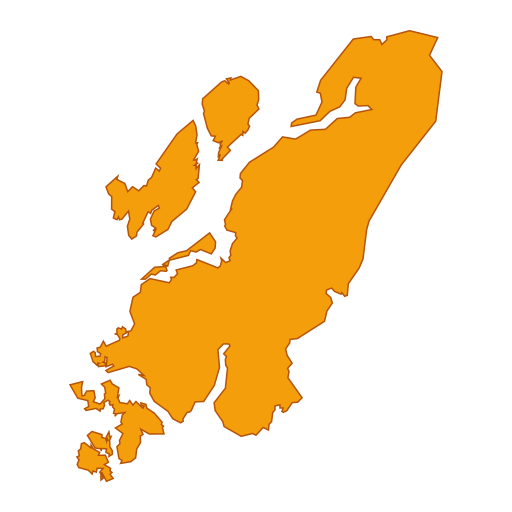 the district of Kvinnherad nor, Hordaland, Norway
{"feature_id": "86288312B18833292732183", "entity_name": "Kvinnherad nor", "entity_type": "district", "adm_level": 2, "iso_a3": "NOR", "parent_name": "Norway", "parent_adm1": "Hordaland", "projection": "orthographic", "projection_center": [5.871, 59.959], "detail": "fine", "context": "isolated", "style": "filled", "palette": "amber", "viewbox_px": 512, "rotation_deg": 0, "n_neighbors": 0, "source": "geoboundaries", "source_scale": "gbopen_adm2", "svg_char_len": 6040}
<svg xmlns="http://www.w3.org/2000/svg" viewBox="0 0 512 512"><path d="M437.7,37.6L409.5,30.7L386.8,36.8L386.9,39.8L381.9,44.5L379.7,39.7L373.8,39.7L371.1,36.5L353.3,39.0L320.6,80.3L316.8,92.1L320.3,93.2L322.0,102.0L316.0,115.1L296.9,119.2L291.7,123.0L291.1,126.5L320.2,120.7L329.9,111.3L339.7,106.9L345.1,99.8L346.7,88.2L353.5,77.3L361.1,78.2L355.8,87.2L355.0,103.6L358.3,106.0L367.9,105.6L371.8,109.5L355.4,112.8L349.6,117.3L337.3,118.5L325.4,129.3L310.5,130.1L295.6,139.1L282.5,136.9L273.6,147.1L249.4,162.3L240.4,173.6L240.0,178.0L242.5,180.6L241.6,187.2L235.8,194.3L232.5,200.9L230.5,209.3L231.4,209.2L224.5,219.7L225.5,224.5L224.7,226.1L227.0,230.1L235.7,232.6L235.5,235.9L237.1,238.1L232.5,243.6L230.1,251.1L230.8,255.2L228.9,257.8L230.2,260.6L225.7,262.6L221.0,258.2L221.7,260.8L220.1,266.3L217.8,267.9L196.9,259.5L196.4,263.0L192.6,265.8L176.1,270.0L177.5,273.6L174.2,277.4L170.7,277.3L171.5,279.4L169.3,282.8L150.0,278.6L141.3,284.7L140.3,292.4L133.0,297.2L129.9,311.4L134.6,323.9L130.8,331.0L126.9,331.6L128.5,333.0L127.8,336.1L122.8,337.9L122.7,334.9L126.2,333.0L125.6,328.9L122.5,326.8L121.6,329.0L118.1,327.9L116.8,329.2L117.0,333.5L114.7,333.9L117.5,334.5L119.9,338.7L119.4,340.3L106.2,346.2L103.4,341.2L100.1,347.3L97.1,348.0L97.5,351.6L100.7,353.7L99.9,356.3L95.5,356.5L95.2,352.7L93.6,351.3L90.3,353.4L93.0,361.6L97.1,365.3L97.8,363.0L99.2,363.3L97.9,364.4L98.6,366.6L105.1,365.8L105.6,363.0L102.9,362.2L104.7,361.0L105.1,356.7L107.1,357.7L106.1,366.7L112.5,364.2L113.8,366.0L105.9,370.5L108.1,372.6L129.3,366.4L136.8,368.8L144.0,375.5L138.3,374.4L146.2,379.4L146.8,384.8L150.2,387.8L149.8,393.3L154.2,401.3L168.0,411.4L172.7,418.7L180.5,422.8L183.2,421.2L182.9,419.0L187.1,412.4L189.6,412.0L191.1,410.8L195.1,401.9L203.7,401.5L214.3,385.4L219.5,367.4L217.9,349.7L223.4,343.9L228.9,344.0L230.0,345.9L223.7,353.8L226.5,356.6L225.3,359.7L225.8,365.4L227.5,368.0L225.4,388.2L214.1,402.8L215.2,410.6L222.8,421.7L224.1,426.5L241.2,436.3L252.6,433.5L256.0,435.2L263.1,427.5L268.5,430.0L269.0,424.4L271.6,421.5L272.7,412.5L275.0,409.8L274.9,406.0L279.9,404.8L280.0,408.0L283.2,408.0L281.9,411.5L283.3,412.3L286.7,410.8L292.3,402.6L297.6,402.2L302.1,397.8L287.9,377.7L289.0,371.5L287.6,368.3L292.1,363.3L287.1,355.3L285.6,348.9L289.7,342.9L290.0,339.4L297.3,338.6L324.5,321.3L326.9,311.1L332.3,303.0L330.7,297.5L326.0,293.3L326.7,289.9L331.6,288.1L334.6,291.4L341.0,294.2L341.8,292.5L344.7,296.3L347.3,295.3L348.3,283.8L359.2,267.9L363.0,258.9L366.6,229.8L369.0,221.1L401.2,165.0L435.7,121.2L442.0,71.6L429.5,55.3L437.7,37.6ZM177.0,134.0L156.1,164.0L160.6,168.2L159.3,171.2L155.7,168.1L151.6,177.4L148.3,180.1L146.5,185.9L143.9,185.6L138.7,190.8L132.5,186.7L127.7,191.7L124.9,183.5L116.8,179.4L117.8,176.2L106.0,186.8L108.6,193.9L111.7,196.6L111.6,209.1L114.9,211.7L113.3,218.0L117.0,219.7L118.5,216.9L119.5,219.8L121.9,219.1L128.5,211.1L129.8,219.1L127.4,226.2L128.7,235.4L131.7,239.1L136.5,236.0L136.9,232.3L143.6,224.0L142.7,223.3L148.1,211.7L150.6,213.4L151.8,210.2L158.4,205.4L159.4,208.1L154.1,211.0L150.4,219.2L151.6,225.4L155.5,227.8L153.1,230.8L155.7,229.7L152.9,235.7L155.9,236.9L168.0,229.4L171.8,221.5L186.6,209.2L195.6,191.8L192.3,187.9L199.1,182.4L196.3,179.6L198.1,178.4L199.4,164.9L196.1,168.7L196.2,165.5L194.4,165.3L197.6,163.2L196.3,162.7L197.2,158.9L195.0,160.2L193.6,160.0L198.6,151.4L196.8,144.5L197.6,142.8L195.6,142.9L197.0,134.8L195.7,126.0L193.1,120.4L177.0,134.0ZM230.9,77.9L226.4,78.9L229.3,83.1L228.6,84.0L224.6,80.7L221.3,82.2L202.7,98.8L202.2,104.0L204.5,111.3L203.5,113.5L207.4,128.3L211.3,135.9L215.4,136.2L213.2,140.6L218.6,142.8L222.6,140.8L220.2,143.8L220.7,146.7L219.9,147.0L219.4,148.1L219.8,148.2L220.1,147.3L220.4,147.3L220.8,146.5L221.4,146.1L218.7,152.4L218.3,156.4L220.4,154.5L218.2,160.3L223.0,160.3L221.5,159.7L230.4,150.4L227.4,147.1L241.1,134.4L242.8,135.4L242.9,131.5L245.1,133.2L247.8,130.1L249.6,126.1L247.9,124.0L249.2,118.3L258.9,109.0L257.0,105.1L258.7,99.5L258.4,90.7L248.7,80.7L240.8,76.4L230.4,80.0L230.9,77.9ZM82.7,381.6L70.0,384.8L77.8,398.2L87.8,400.6L88.7,406.6L84.6,408.7L86.1,410.4L96.1,408.4L100.0,411.1L100.5,408.8L103.2,408.8L104.6,405.0L103.8,402.6L108.0,400.2L110.0,401.6L109.2,403.2L110.2,405.2L112.9,404.7L112.5,406.8L114.6,409.3L113.5,413.3L115.8,413.9L114.8,416.3L117.0,413.7L124.8,412.5L122.2,415.1L120.9,422.2L122.2,424.0L115.4,427.9L122.9,433.5L119.5,440.5L120.0,443.6L116.9,446.7L119.0,458.5L122.0,460.6L120.6,463.4L130.8,461.7L135.6,457.9L136.7,449.0L140.5,442.6L140.3,436.0L143.0,434.5L140.7,429.1L149.3,434.0L164.0,433.9L162.4,427.3L163.5,426.2L161.4,424.6L162.1,422.3L154.4,413.2L146.8,408.1L145.9,404.3L140.9,402.9L141.3,405.4L144.1,406.0L142.9,408.2L135.9,401.5L132.9,405.1L129.7,400.5L127.4,403.8L119.8,402.5L118.0,398.2L118.9,395.7L117.4,396.9L118.9,387.9L112.2,383.9L110.1,380.2L101.4,384.0L104.7,387.2L105.7,393.1L104.4,394.1L104.9,398.7L100.0,404.1L93.3,401.7L95.2,397.8L93.9,390.7L86.6,391.1L84.3,395.5L81.9,395.8L81.5,387.3L82.7,381.6ZM84.4,442.7L81.4,443.6L80.7,448.8L78.3,450.9L79.3,455.8L76.9,456.9L79.0,459.8L77.2,464.5L78.8,467.6L88.3,470.2L92.1,474.0L93.0,471.0L96.3,472.1L97.1,468.3L103.1,468.4L99.8,472.1L101.8,476.0L100.8,476.2L101.0,480.0L103.1,478.3L101.6,472.1L106.5,481.3L113.1,478.5L110.0,474.1L111.9,472.5L109.9,470.7L110.6,468.4L104.3,464.6L108.4,462.3L105.3,455.2L98.4,455.3L99.7,452.4L93.4,448.9L91.1,445.0L90.9,447.9L84.4,442.7ZM209.6,232.9L186.6,250.7L177.7,252.8L169.3,258.3L170.0,260.1L188.4,255.4L190.6,250.7L196.2,252.0L200.4,249.5L211.3,253.9L215.1,248.1L215.6,241.9L209.6,232.9ZM92.0,431.5L87.4,435.4L95.1,448.0L100.7,448.8L101.2,451.0L101.6,448.5L106.5,448.9L105.9,452.2L109.3,454.0L109.0,456.4L112.4,454.3L112.3,450.7L109.9,446.8L109.6,440.3L111.1,436.5L109.8,437.0L108.9,431.9L106.2,437.1L108.4,440.8L107.1,439.5L106.6,441.6L105.7,439.0L106.8,438.8L101.9,437.5L102.0,434.6L92.0,431.5ZM169.3,260.1L162.6,264.5L164.9,266.6L154.7,267.2L141.6,279.1L145.5,279.1L151.4,274.1L155.3,275.0L160.6,270.7L166.1,271.3L167.0,270.2L165.2,265.2L167.7,266.1L169.3,260.1Z" fill="#f59e0b" stroke="#b45309" stroke-width="1.5"/></svg>